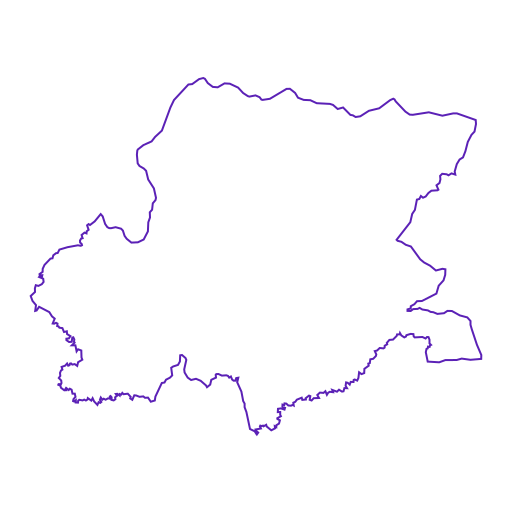 the district of El Playón, Santander, Colombia
{"feature_id": "7082276B80237546514207", "entity_name": "El Playón", "entity_type": "district", "adm_level": 2, "iso_a3": "COL", "parent_name": "Colombia", "parent_adm1": "Santander", "projection": "orthographic", "projection_center": [-73.194, 7.522], "detail": "fine", "context": "isolated", "style": "outline", "palette": "violet", "viewbox_px": 512, "rotation_deg": 0, "n_neighbors": 0, "source": "geoboundaries", "source_scale": "gbopen_adm2", "svg_char_len": 5971}
<svg xmlns="http://www.w3.org/2000/svg" viewBox="0 0 512 512"><path d="M475.7,120.0L456.9,113.4L453.2,113.4L442.4,115.7L428.8,112.3L412.8,114.8L409.7,114.6L405.4,111.6L395.7,101.4L394.5,99.4L393.3,98.7L390.2,100.1L379.2,108.3L368.9,110.8L360.3,116.3L355.6,117.0L352.8,115.3L350.4,114.9L343.1,107.5L337.7,109.0L333.0,104.9L329.9,103.9L316.7,103.2L310.3,100.2L303.7,99.9L298.0,97.7L295.1,92.9L289.9,88.8L286.5,88.9L269.9,98.8L262.6,99.9L261.4,99.6L259.6,97.2L255.5,95.4L249.4,96.6L247.8,96.1L243.1,93.0L238.1,87.6L229.8,83.7L224.5,83.4L217.7,87.3L212.8,86.9L207.8,83.1L204.9,78.8L203.2,78.0L199.1,79.1L192.2,84.1L188.4,84.5L174.0,100.0L170.4,107.5L161.9,130.6L155.1,136.9L151.6,141.4L143.4,145.1L137.8,149.5L137.3,150.6L136.9,154.8L137.7,163.4L139.5,166.0L143.8,168.5L146.1,170.8L148.2,179.5L153.9,188.4L156.0,197.8L155.5,200.1L152.8,203.3L152.1,209.7L149.8,212.3L150.0,217.5L148.3,222.3L147.9,231.4L143.7,239.5L137.9,242.3L131.4,242.6L126.7,238.8L124.6,235.9L122.9,230.6L121.1,228.7L115.6,227.2L111.0,228.2L109.1,228.1L107.3,227.1L105.1,223.9L102.7,216.4L100.7,214.1L94.7,221.4L90.0,225.0L88.6,224.1L87.1,225.3L88.6,229.8L86.7,231.3L86.5,233.4L84.5,232.6L81.6,235.0L82.6,238.2L81.2,238.5L80.0,240.5L80.1,242.5L81.7,244.0L82.0,245.2L80.8,245.8L77.9,245.3L67.5,247.2L59.4,249.6L57.7,253.0L56.0,253.2L53.3,255.3L52.5,258.3L50.5,258.6L44.5,264.9L42.7,268.8L42.6,271.9L39.5,274.1L39.7,275.3L42.3,275.2L41.9,277.0L40.0,276.0L39.1,277.0L43.2,278.7L43.6,281.9L41.8,284.2L38.4,285.9L35.8,285.2L34.9,288.3L35.0,292.0L30.7,296.0L32.5,300.9L36.0,305.1L35.2,310.9L36.6,310.5L39.1,306.8L49.3,312.1L52.0,316.4L54.7,318.6L52.7,323.5L54.2,323.7L56.0,322.8L57.5,323.6L57.2,326.1L58.5,326.4L59.4,327.7L62.4,328.1L64.0,332.0L66.8,331.3L67.1,334.1L70.4,336.1L68.9,338.4L66.4,338.7L66.4,340.1L69.1,342.0L71.7,341.8L72.3,337.6L73.3,337.3L74.3,339.4L74.0,341.7L74.6,342.6L71.9,345.3L75.4,345.3L76.6,351.4L78.1,349.3L81.3,350.5L81.5,357.5L82.3,359.7L78.1,362.2L77.2,365.9L74.7,364.1L72.3,364.6L71.0,363.4L70.0,363.6L69.5,365.2L68.2,365.7L67.1,363.5L65.1,365.7L61.6,366.9L62.4,369.6L61.0,370.5L60.0,372.9L60.3,375.9L58.8,378.0L61.2,380.5L61.5,383.0L61.0,384.1L58.6,384.1L58.3,384.8L60.5,385.8L60.9,387.7L64.3,390.3L66.1,390.2L65.5,388.8L66.1,387.9L68.7,390.0L69.8,388.7L71.6,389.7L72.5,393.7L74.8,393.7L75.5,396.9L73.5,399.1L73.1,401.1L74.1,401.5L75.8,400.2L75.7,402.5L78.0,402.6L78.2,400.7L79.3,399.8L82.6,400.4L84.2,399.6L85.9,400.5L87.5,399.5L87.8,398.1L91.3,400.6L92.6,398.2L94.1,401.4L97.4,404.9L98.6,402.2L100.2,402.9L101.3,402.0L99.9,399.9L100.8,397.5L102.4,399.7L103.7,398.7L105.6,399.7L108.1,398.3L110.2,398.8L109.8,396.5L110.5,396.0L111.6,397.3L111.5,399.9L113.7,400.4L115.4,399.2L115.1,397.3L117.0,395.8L115.8,394.0L117.4,393.8L119.7,395.6L119.9,394.1L121.2,394.6L122.3,392.9L123.5,394.2L127.8,393.7L130.7,396.9L130.2,398.4L132.3,399.8L134.3,395.3L136.2,395.5L139.5,396.8L143.3,396.4L145.0,397.8L148.0,397.6L150.8,401.7L154.8,400.5L155.4,396.6L161.8,383.0L164.5,382.5L166.0,379.7L169.9,377.7L172.2,375.4L171.2,367.8L173.1,366.5L178.0,364.9L179.9,361.5L180.2,355.3L182.0,355.0L185.5,358.0L186.3,359.9L184.2,369.4L184.6,372.5L187.7,377.6L191.1,380.0L196.0,378.8L200.7,380.8L206.0,385.4L207.0,387.2L210.2,384.6L211.3,379.8L216.0,377.6L215.7,374.8L216.3,374.1L218.4,374.0L221.9,375.6L226.3,375.3L228.0,375.9L229.2,377.6L230.9,376.5L232.1,379.5L233.6,380.7L235.4,380.7L236.2,378.1L238.3,377.7L237.2,382.3L241.4,391.6L243.2,401.1L244.6,403.6L244.6,407.2L246.4,412.0L250.0,429.0L254.7,431.3L256.3,433.8L256.9,432.9L257.2,434.0L258.2,432.6L255.8,430.5L255.5,429.5L260.9,428.5L259.9,426.4L260.3,425.6L261.8,426.1L263.0,425.6L263.6,426.3L266.2,424.8L266.7,426.5L271.3,430.3L275.0,428.4L274.8,426.2L276.3,427.1L276.4,425.2L279.0,423.6L279.9,420.3L277.4,419.0L277.3,418.2L280.9,416.2L280.2,414.8L280.2,412.0L277.8,412.1L278.0,408.8L280.9,408.4L284.5,409.6L285.0,407.9L283.0,407.6L282.4,406.7L282.5,404.6L284.2,405.2L284.5,403.4L286.3,403.6L288.3,405.5L291.0,405.7L292.6,404.9L293.7,405.5L293.3,402.7L295.3,401.8L296.8,399.7L301.7,397.7L302.3,399.9L305.9,399.5L305.7,398.2L309.0,395.6L310.3,396.1L309.7,399.8L311.6,400.5L313.7,398.2L319.0,398.0L317.3,395.0L319.9,392.6L323.5,392.9L325.4,391.2L326.9,394.8L328.1,392.8L329.7,391.8L333.1,392.2L332.2,389.9L337.0,391.7L339.0,389.7L342.0,391.6L343.5,391.3L344.4,388.1L347.0,388.2L345.6,385.8L346.1,382.4L347.7,382.8L349.7,384.6L350.7,381.9L353.5,382.0L353.7,379.9L354.7,379.5L357.2,380.6L358.4,378.0L359.1,372.3L361.5,374.1L364.2,373.1L364.4,368.8L368.7,365.7L368.3,363.6L369.8,363.1L370.3,359.3L373.2,358.8L375.9,356.0L376.3,354.4L374.8,351.1L377.1,350.5L379.7,348.0L383.5,348.4L384.6,347.6L384.7,345.7L387.2,344.3L386.8,342.9L389.4,339.9L393.0,339.6L396.7,335.9L397.1,334.4L399.7,334.4L400.0,333.1L401.3,335.4L404.3,337.4L406.0,336.5L406.4,335.2L410.6,333.9L413.4,334.1L413.7,336.4L414.7,337.4L422.4,337.0L425.6,338.5L427.0,337.0L428.5,337.1L429.5,339.7L429.5,343.4L431.0,344.9L430.0,345.4L429.6,346.9L428.0,346.6L427.7,348.4L426.5,348.9L425.8,352.2L427.7,361.6L439.2,362.3L445.3,360.1L456.7,360.0L461.7,358.6L470.5,359.8L481.2,358.9L481.3,355.0L476.9,344.7L471.7,329.0L470.5,324.8L470.5,321.0L467.3,317.4L459.8,315.4L451.9,311.0L447.4,310.9L444.0,313.2L437.4,313.9L433.3,312.2L430.6,311.9L427.9,310.4L422.3,309.5L419.6,307.9L417.6,308.9L413.2,309.1L410.7,311.0L407.5,310.9L407.5,309.4L410.7,308.4L410.8,306.2L414.4,304.2L417.0,301.2L421.9,301.0L436.4,293.6L438.7,285.7L443.5,280.4L445.2,274.9L445.4,269.3L442.5,268.8L435.9,270.5L430.1,265.7L424.1,262.5L420.2,259.3L410.9,246.5L405.8,244.8L401.4,241.8L397.6,240.8L396.6,239.8L410.3,222.2L412.2,213.9L414.9,209.9L416.9,199.6L419.3,199.0L420.9,196.0L423.0,197.7L425.7,196.5L428.4,193.0L431.4,190.7L437.5,190.3L438.4,189.7L436.5,185.3L439.5,183.0L440.4,179.4L440.1,175.9L442.2,173.8L446.7,174.3L448.5,175.3L451.5,173.4L455.3,174.6L454.7,171.5L456.8,164.1L459.6,159.5L463.0,157.4L465.4,151.2L467.8,141.9L471.5,134.8L474.5,131.6L476.0,124.0L475.7,120.0Z" fill="none" stroke="#5b21b6" stroke-width="2"/></svg>